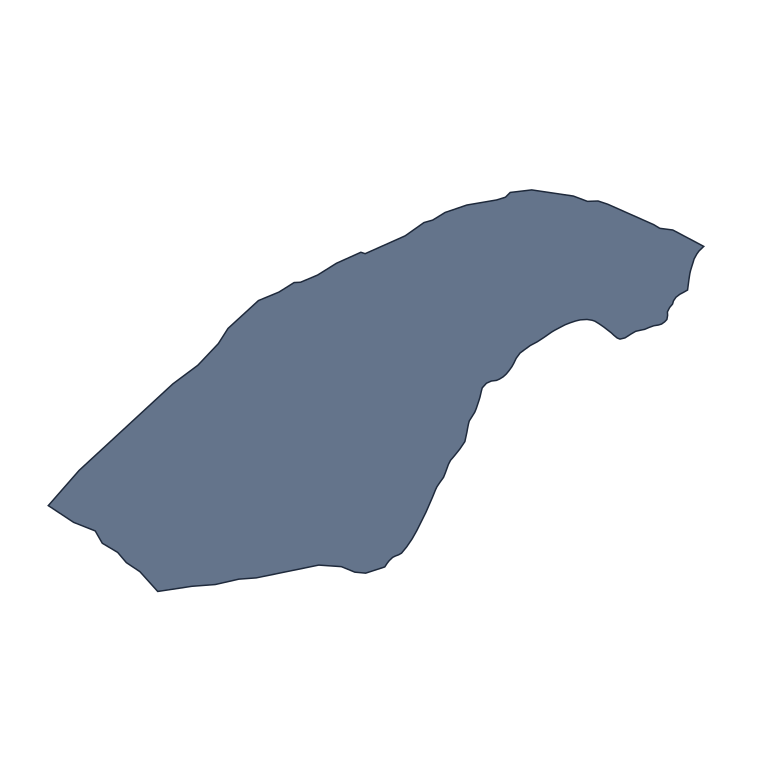 outline of El Tejar, Chimaltenango, Guatemala, rotated 45°
{"feature_id": "79465075B23918140958816", "entity_name": "El Tejar", "entity_type": "district", "adm_level": 2, "iso_a3": "GTM", "parent_name": "Guatemala", "parent_adm1": "Chimaltenango", "projection": "robinson", "projection_center": [-90.776, 14.679], "detail": "fine", "context": "isolated", "style": "filled", "palette": "slate", "viewbox_px": 768, "rotation_deg": 45, "n_neighbors": 0, "source": "geoboundaries", "source_scale": "gbopen_adm2", "svg_char_len": 1861}
<svg xmlns="http://www.w3.org/2000/svg" viewBox="0 0 768 768"><g transform="rotate(45 384 384)"><path d="M232.6,707.4L262.4,701.3L283.7,692.1L297.4,695.8L314.8,691.4L328.1,692.5L344.2,689.3L370.7,690.7L391.2,662.9L406.5,645.1L419.3,624.7L430.7,611.5L465.9,558.2L483.0,543.3L496.4,537.7L504.8,530.7L513.9,512.8L513.0,508.5L512.6,505.2L512.7,500.5L513.7,497.5L515.1,494.5L516.0,491.2L515.2,483.1L513.4,473.6L510.9,464.6L507.2,453.5L504.3,444.9L498.4,429.9L495.2,422.3L494.1,419.2L493.1,414.1L492.1,407.9L490.0,403.0L486.4,395.3L485.0,390.9L484.8,387.9L484.5,384.4L483.6,376.3L481.9,367.5L476.6,359.3L474.7,356.6L471.9,352.4L470.4,349.8L469.2,344.4L468.1,339.7L466.6,336.1L464.2,331.3L462.9,328.7L461.2,325.5L457.9,320.2L456.2,317.3L455.9,311.0L457.8,306.0L461.0,301.9L462.2,298.8L463.2,294.6L463.4,290.4L463.0,286.4L462.2,281.4L461.1,277.5L459.3,272.4L458.3,266.0L459.0,261.0L460.2,253.4L462.5,245.9L464.1,238.4L465.8,228.8L466.6,225.6L468.5,219.4L470.2,214.0L472.3,209.2L474.9,204.0L477.4,199.9L481.9,194.8L486.0,191.8L488.6,190.5L493.6,189.3L499.1,188.3L508.6,187.1L512.2,187.0L516.3,186.6L519.1,185.4L521.8,181.0L523.3,174.1L524.7,168.8L528.1,163.4L529.7,161.0L531.4,156.7L533.6,152.0L536.3,148.3L537.9,145.3L538.5,141.6L538.4,138.3L536.0,134.9L533.4,132.6L531.9,128.0L531.5,123.4L529.9,120.5L529.1,116.2L529.7,111.5L531.0,107.3L532.2,102.9L525.9,94.7L522.3,89.8L520.6,87.1L518.2,82.6L516.6,79.5L514.9,76.4L513.3,70.9L512.7,67.2L512.8,60.6L479.3,70.9L468.9,78.9L462.0,80.6L415.0,98.7L406.0,103.2L398.7,111.0L385.0,117.2L351.2,142.3L337.8,159.3L337.8,166.0L333.5,174.2L316.0,198.9L305.9,219.5L302.5,233.7L298.1,241.6L294.2,264.2L278.5,305.2L274.5,307.2L265.0,332.2L260.0,353.9L253.0,371.1L248.7,375.8L244.7,393.3L236.2,413.8L234.4,455.0L238.3,472.6L239.1,502.4L234.6,533.3L229.5,660.7L232.6,707.4Z" fill="#64748b" stroke="#1e293b" stroke-width="1.5"/></g></svg>